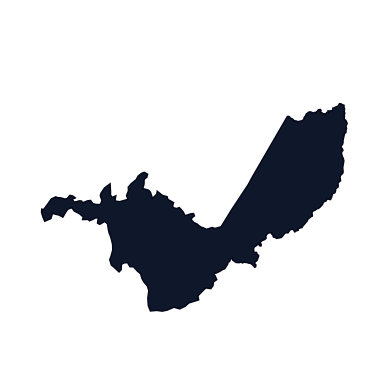 Zacharia, Paphos, Cyprus (Natural Earth projection), rotated 16°
{"feature_id": "46923920B76553636129870", "entity_name": "Zacharia", "entity_type": "district", "adm_level": 2, "iso_a3": "CYP", "parent_name": "Cyprus", "parent_adm1": "Paphos", "projection": "natural_earth1", "projection_center": [32.548, 34.988], "detail": "fine", "context": "isolated", "style": "filled", "palette": "ink", "viewbox_px": 384, "rotation_deg": 16, "n_neighbors": 0, "source": "geoboundaries", "source_scale": "gbopen_adm2", "svg_char_len": 4868}
<svg xmlns="http://www.w3.org/2000/svg" viewBox="0 0 384 384"><g transform="rotate(16 192 192)"><path d="M262.8,93.4L245.9,160.8L244.1,169.1L234.9,198.4L229.6,217.4L224.2,220.7L221.1,220.6L216.3,223.9L212.6,223.3L210.7,223.3L208.3,222.6L205.7,221.4L202.1,220.8L200.1,219.6L198.6,218.5L199.3,216.5L200.9,214.3L199.4,212.3L196.9,213.3L191.9,216.7L189.2,213.8L186.5,211.8L183.9,210.5L181.8,212.2L178.4,212.2L177.2,210.9L177.2,207.3L170.8,205.8L169.4,203.4L164.4,203.4L158.4,200.9L158.7,204.0L155.7,209.0L152.1,203.7L149.9,202.3L143.7,202.2L143.7,197.7L142.5,193.1L144.5,190.1L144.4,187.1L140.6,186.3L138.5,187.9L135.8,191.6L135.0,195.5L131.3,200.8L129.4,204.9L130.6,208.2L130.1,213.5L132.5,216.7L125.1,221.3L120.4,221.9L119.8,216.7L116.8,219.2L114.3,217.2L113.8,214.8L111.0,206.7L106.8,212.3L104.9,218.1L104.9,220.9L107.8,224.9L107.5,229.2L103.7,230.4L100.1,230.6L96.8,228.1L93.9,229.4L89.7,232.6L88.4,231.1L86.0,231.6L83.9,233.0L81.7,234.1L78.6,232.2L81.4,229.8L78.5,228.7L75.6,228.9L73.8,232.7L71.9,233.8L67.3,233.8L64.4,234.5L62.4,234.2L58.7,237.5L57.0,242.4L54.3,249.7L52.3,249.9L53.0,253.1L55.9,257.5L58.5,260.7L63.7,256.4L63.7,251.1L70.5,250.8L74.8,251.7L76.2,246.1L77.3,242.8L80.9,240.2L84.0,242.7L89.7,243.9L94.4,245.9L94.4,248.6L99.8,247.0L101.4,247.9L104.1,245.7L106.6,243.4L109.2,242.7L109.4,245.6L109.8,248.0L112.2,248.5L114.3,246.4L116.2,244.3L119.6,245.9L122.2,251.6L123.8,254.4L126.3,257.6L128.2,260.8L130.2,264.4L131.8,269.5L131.9,276.1L131.6,279.7L134.5,284.3L137.6,285.7L143.9,288.9L145.3,286.2L144.1,280.9L146.3,278.9L149.5,277.6L152.9,280.9L156.4,280.0L161.2,283.0L165.2,284.8L167.6,288.7L170.5,291.7L175.1,294.7L177.7,298.8L178.8,306.1L181.3,313.2L184.8,317.8L190.8,315.5L196.3,314.7L200.7,312.3L206.4,307.7L212.4,307.7L217.0,303.6L219.4,299.6L223.5,296.9L228.1,293.9L226.3,290.2L228.9,285.2L231.7,280.4L236.7,279.7L238.0,276.3L237.4,272.5L239.9,269.4L237.1,266.0L236.0,265.7L235.8,265.0L235.9,263.9L236.4,263.1L237.2,263.6L238.6,262.2L239.0,262.2L239.9,261.0L240.6,260.7L242.1,258.7L244.6,256.8L246.2,251.3L245.9,249.3L247.0,248.8L247.3,248.0L247.7,245.5L249.1,244.6L250.0,246.3L251.9,246.9L253.8,247.6L257.1,246.8L258.4,245.8L260.0,246.3L261.6,245.0L261.8,245.0L265.1,244.6L266.3,244.8L267.2,244.4L269.2,244.8L272.3,246.5L272.9,247.0L273.5,246.8L273.8,246.3L273.7,245.7L273.6,244.8L273.4,244.3L272.1,243.6L271.8,243.0L271.9,242.0L272.5,241.0L273.3,240.1L273.5,239.2L273.5,237.3L273.7,235.6L273.6,234.8L273.3,234.5L272.6,234.3L271.7,233.7L271.4,233.5L270.6,232.3L269.4,232.7L268.4,232.7L267.9,232.6L266.9,229.8L266.8,228.0L268.6,225.8L269.6,224.3L270.0,224.1L271.2,224.3L272.2,225.2L273.2,224.8L273.2,224.3L273.0,223.4L271.5,221.5L271.5,220.6L272.3,220.1L273.1,219.2L275.1,217.5L275.8,216.4L275.9,215.8L275.3,214.7L275.2,213.8L275.4,212.8L276.2,210.9L277.5,209.9L278.6,209.4L279.1,209.5L280.8,210.8L282.2,211.2L282.0,211.9L282.3,212.5L282.8,212.8L284.8,212.8L286.1,213.3L290.5,211.0L292.7,205.9L293.4,205.3L295.6,204.8L296.5,201.7L297.7,200.6L298.9,200.2L299.6,200.0L300.2,200.4L300.9,201.3L301.9,202.0L302.1,201.6L302.1,201.0L303.6,200.4L303.8,199.9L304.6,199.5L304.2,198.1L305.9,196.6L307.5,195.9L307.9,194.1L310.7,188.2L310.8,186.3L312.3,184.3L313.1,183.0L314.2,182.2L314.1,181.0L313.4,180.0L313.1,178.8L313.1,177.5L313.9,176.7L315.3,175.6L315.8,175.0L316.2,174.1L316.7,173.7L318.2,172.9L318.4,172.6L318.4,172.1L319.0,171.7L320.7,168.5L321.0,167.2L320.9,165.9L321.8,164.8L323.2,163.7L323.5,163.2L323.4,161.7L325.0,161.3L327.0,161.2L327.4,160.4L327.6,158.4L327.6,154.9L329.6,153.3L329.6,150.6L329.2,149.6L329.8,148.4L330.9,147.2L330.9,145.8L330.3,144.4L329.9,143.2L329.9,142.6L330.1,142.5L331.7,140.2L331.3,139.4L331.1,138.8L330.3,137.3L330.2,135.3L330.9,133.6L331.7,132.8L331.7,130.9L330.9,129.0L330.1,126.8L329.4,120.3L328.5,118.7L327.7,117.4L326.7,116.6L325.0,113.4L324.8,112.5L325.1,111.5L325.6,110.6L325.3,109.8L324.6,109.0L323.5,108.4L322.7,107.4L323.0,106.1L323.6,104.3L323.5,103.3L323.5,102.5L323.2,101.9L323.0,100.7L322.8,98.8L322.6,95.4L322.6,93.9L323.5,92.4L323.4,91.4L322.9,89.7L323.0,88.1L322.3,87.3L321.9,86.4L322.2,83.2L320.2,80.8L318.6,80.2L318.1,79.4L317.7,78.2L317.5,76.7L316.8,75.6L317.3,74.8L317.0,73.9L316.1,72.5L315.6,69.7L314.8,68.9L314.2,66.7L312.3,66.6L311.1,66.2L310.8,66.6L310.0,66.3L309.4,66.5L308.9,68.8L308.1,69.6L306.4,70.9L305.6,72.0L304.3,72.5L304.4,72.9L304.6,74.4L304.3,74.9L303.8,75.3L302.4,76.0L300.4,76.6L300.4,77.0L301.2,78.0L300.2,77.9L299.5,78.6L299.0,80.5L298.0,80.2L296.9,80.7L295.2,80.1L294.1,80.2L293.6,79.8L293.6,78.0L292.7,77.3L291.9,77.6L291.0,78.1L290.5,78.7L291.0,79.2L289.5,80.6L289.5,81.8L288.3,81.6L286.7,82.7L284.3,82.3L284.0,82.6L283.1,82.5L282.2,83.1L280.3,85.6L280.2,87.5L279.4,89.0L279.3,91.9L277.9,93.3L274.3,95.3L273.3,95.0L270.6,95.3L268.4,94.1L267.2,93.9L265.8,93.7L265.4,93.1L264.3,92.7L263.5,92.8L263.0,93.1L262.8,93.4Z" fill="#0f172a" stroke="#020617" stroke-width="1.5"/></g></svg>